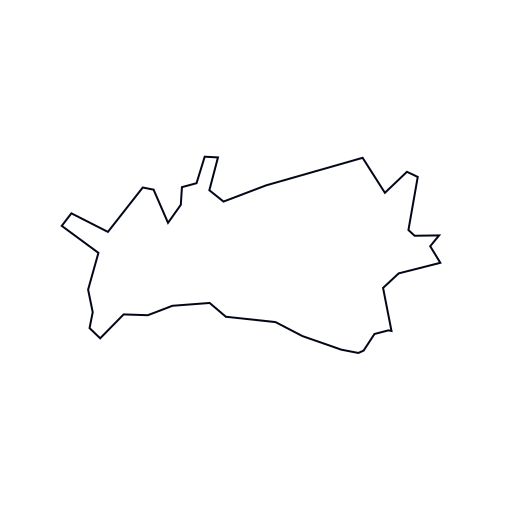 outline of Bulakbashi, Andijon, Uzbekistan, rotated 326°
{"feature_id": "79887680B25262696508510", "entity_name": "Bulakbashi", "entity_type": "district", "adm_level": 2, "iso_a3": "UZB", "parent_name": "Uzbekistan", "parent_adm1": "Andijon", "projection": "mercator", "projection_center": [72.458, 40.641], "detail": "fine", "context": "isolated", "style": "outline", "palette": "ink", "viewbox_px": 512, "rotation_deg": 326, "n_neighbors": 0, "source": "geoboundaries", "source_scale": "gbopen_adm2", "svg_char_len": 702}
<svg xmlns="http://www.w3.org/2000/svg" viewBox="0 0 512 512"><g transform="rotate(326 256 256)"><path d="M111.8,122.4L127.1,165.3L98.0,190.0L89.2,211.3L77.7,222.7L80.8,237.1L113.6,230.4L133.2,244.6L158.8,250.5L191.3,269.0L197.1,289.7L197.6,290.0L235.2,321.7L249.8,348.5L274.3,381.3L286.6,393.6L292.3,394.6L310.6,386.9L324.2,391.7L326.4,393.9L343.5,353.5L364.6,350.2L405.0,364.7L405.9,345.3L419.3,341.3L398.8,327.9L396.9,319.7L434.3,280.9L428.2,270.6L398.2,275.7L399.3,234.2L303.9,203.1L259.5,192.7L254.1,175.4L279.6,153.0L269.0,145.0L247.4,162.4L233.1,157.5L222.3,171.5L201.6,179.3L208.2,143.7L200.4,135.9L146.7,153.2L126.8,117.4L111.8,122.4Z" fill="none" stroke="#020617" stroke-width="2"/></g></svg>